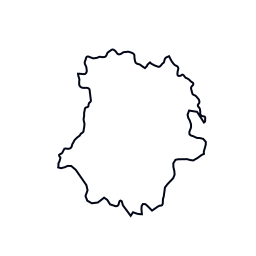 map outline of Zapadno-Backi (Natural Earth projection), rotated 230°
{"feature_id": "SRB-273", "entity_name": "Zapadno-Backi", "entity_type": "District", "adm_level": 1, "iso_a3": "SRB", "parent_name": "Republic of Serbia", "parent_adm1": "", "projection": "natural_earth1", "projection_center": [19.294, 45.728], "detail": "fine", "context": "isolated", "style": "outline", "palette": "ink", "viewbox_px": 256, "rotation_deg": 230, "n_neighbors": 0, "source": "natural_earth", "source_scale": "10m", "svg_char_len": 4723}
<svg xmlns="http://www.w3.org/2000/svg" viewBox="0 0 256 256"><g transform="rotate(230 128 128)"><path d="M129.5,61.1L135.4,60.1L137.7,57.4L138.7,54.1L140.3,50.8L142.7,49.2L143.2,49.8L143.7,50.4L145.1,51.5L145.6,52.0L145.9,52.5L146.4,53.9L146.8,54.5L148.3,56.7L148.6,57.1L149.0,57.2L150.7,57.3L151.1,57.5L151.4,57.7L151.7,58.0L151.7,58.3L151.7,58.7L151.3,60.4L151.2,61.0L151.3,61.7L152.8,65.4L152.9,65.6L152.9,66.0L152.8,66.3L152.6,66.7L152.3,67.1L151.8,67.6L151.1,68.2L150.5,68.7L150.1,69.5L149.7,70.2L149.6,70.8L149.6,71.5L149.7,72.1L149.9,72.7L150.2,73.2L151.4,74.9L152.0,76.7L152.8,78.5L153.1,79.6L153.3,81.1L153.4,83.7L153.2,85.7L153.3,86.3L153.7,87.5L153.8,88.0L153.9,88.6L153.7,90.1L153.7,90.6L153.8,91.2L154.1,91.8L154.6,92.3L155.6,93.5L156.9,95.1L158.8,97.0L159.6,97.6L162.0,98.8L163.1,99.5L164.0,100.4L165.3,102.0L166.0,102.6L168.1,104.4L168.3,104.7L168.7,105.3L170.0,106.9L170.5,107.5L170.8,108.2L170.8,108.7L170.0,110.6L170.0,111.1L170.1,111.5L170.4,111.9L171.4,113.0L171.7,113.5L172.0,114.0L172.2,114.5L172.2,115.8L172.3,116.4L172.6,116.9L173.1,117.4L176.1,119.3L177.9,120.5L180.0,121.8L181.2,122.7L181.6,122.9L182.5,123.3L182.9,123.4L183.3,123.3L183.8,123.2L184.4,122.9L185.4,122.1L185.8,121.6L187.0,120.1L187.8,119.2L188.4,118.8L189.0,118.4L189.5,118.2L190.0,118.1L190.7,118.0L191.4,118.1L191.9,118.2L192.4,118.4L193.0,118.8L194.1,119.7L196.5,122.0L197.5,122.5L199.5,123.3L200.9,124.1L201.7,124.6L200.8,125.7L198.3,128.1L197.8,128.7L197.3,129.3L197.0,129.9L197.0,130.4L197.0,130.8L197.3,131.8L197.6,132.3L198.0,132.9L198.5,133.3L200.9,134.9L202.0,135.4L204.6,136.1L205.4,136.5L206.2,137.1L206.7,137.8L207.5,139.3L208.6,140.9L208.8,141.3L209.0,141.8L208.9,142.5L208.7,143.1L208.2,143.6L206.3,144.6L203.6,146.2L201.6,149.5L201.1,151.4L200.8,151.9L200.6,152.3L198.9,153.7L198.5,154.2L197.5,155.7L197.3,156.2L197.2,156.8L197.3,157.3L197.4,157.7L198.0,159.2L198.7,160.4L198.8,160.8L198.8,161.3L198.7,162.9L198.5,165.2L198.4,165.9L198.2,166.4L197.8,166.9L197.5,167.1L197.1,167.3L195.6,167.7L194.2,167.8L192.0,167.6L191.5,167.7L191.1,167.8L190.5,168.1L190.1,168.6L189.8,169.1L189.4,169.9L189.3,170.5L189.1,172.4L189.0,173.0L188.8,173.4L188.6,173.9L187.5,175.3L186.7,176.7L186.4,177.1L186.1,177.4L184.9,178.2L182.7,179.5L181.7,179.8L181.2,179.9L180.6,179.9L180.1,179.8L179.7,179.7L179.3,179.4L177.8,178.2L177.4,177.9L174.7,176.4L173.7,176.0L173.2,175.9L172.7,175.9L171.8,176.1L171.0,176.5L169.7,177.4L169.1,177.8L168.6,178.0L166.7,178.4L163.0,179.5L163.3,182.4L163.4,182.6L163.9,183.4L164.0,183.9L164.1,187.0L163.0,187.1L161.7,187.4L158.0,189.0L155.4,190.6L155.1,190.8L154.9,191.3L154.7,191.9L154.7,193.1L154.8,193.7L155.1,195.1L155.2,195.7L155.1,197.1L155.2,197.6L155.5,198.2L156.7,199.8L157.0,200.4L157.4,201.2L157.5,201.8L157.5,202.5L157.4,203.0L156.8,204.9L156.6,205.6L152.8,204.7L151.3,204.4L150.5,204.3L148.8,204.2L147.1,204.2L146.3,204.3L145.6,204.5L144.2,205.2L143.5,205.4L142.9,205.4L142.5,205.3L141.6,205.0L141.0,204.6L140.6,204.0L139.7,202.7L137.7,200.6L136.9,200.1L136.3,200.0L135.7,200.1L135.2,200.4L134.8,200.9L134.5,201.4L134.2,202.1L134.1,203.4L134.0,203.8L133.8,204.1L133.4,204.3L133.0,204.4L132.4,204.5L131.8,204.5L130.9,204.4L130.3,204.4L129.7,204.4L129.1,204.6L128.0,205.2L126.5,205.7L125.7,205.9L123.2,206.1L122.4,206.3L121.3,206.7L120.8,206.8L120.4,206.7L120.0,206.5L119.7,206.3L119.2,205.6L119.1,205.2L119.0,204.7L119.0,203.9L118.9,203.4L118.6,202.6L118.0,201.9L117.2,201.4L113.4,199.6L112.8,199.4L112.4,199.3L111.8,199.4L111.1,199.6L109.8,200.3L109.0,200.5L108.3,200.6L105.8,200.6L104.2,200.5L103.5,200.3L103.1,200.1L102.3,199.6L101.9,199.3L101.6,198.9L101.4,198.5L100.9,196.7L100.7,196.3L100.4,196.0L100.1,195.8L99.6,195.6L99.1,195.6L97.6,195.6L97.0,195.5L96.4,195.3L94.4,194.1L92.5,192.5L92.1,192.3L91.6,192.2L91.0,192.1L90.3,192.2L89.9,192.3L89.4,192.5L87.9,193.8L87.3,194.0L86.9,194.0L86.5,193.9L85.9,193.5L84.9,192.5L83.7,191.5L83.4,191.0L83.4,190.6L83.4,190.0L83.4,189.7L96.0,191.3L102.1,186.0L99.8,182.1L97.1,180.7L94.0,180.1L90.4,178.7L88.3,177.0L87.4,175.8L86.7,174.4L85.4,172.3L83.5,171.0L81.6,171.5L79.8,172.7L76.1,174.4L74.0,176.7L71.3,178.6L67.4,178.7L65.3,176.9L61.1,170.8L59.3,169.5L60.0,167.2L60.3,162.2L61.2,157.1L63.7,154.9L66.1,153.3L71.9,146.2L73.1,143.9L71.8,140.0L68.8,137.6L65.2,135.8L62.3,133.7L60.5,130.3L59.6,122.2L58.7,118.1L52.6,111.4L51.1,109.1L47.8,106.1L47.0,104.5L47.4,103.3L48.2,102.2L48.6,100.6L49.3,93.3L56.0,92.8L58.6,92.3L60.2,90.5L59.5,88.4L57.3,86.2L53.0,83.2L54.9,81.2L56.6,79.8L60.2,77.7L59.0,73.6L71.9,74.4L76.0,76.1L77.2,75.6L77.4,74.7L76.9,73.6L75.3,71.3L75.1,70.3L75.3,69.3L76.0,68.3L81.0,65.2L86.3,65.9L90.0,64.9L90.3,57.0L93.6,51.9L98.5,50.1L103.2,51.7L106.3,57.0L111.0,59.4L129.5,61.1Z" fill="none" stroke="#020617" stroke-width="2"/></g></svg>